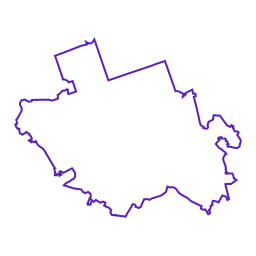 Īles pag., Auces, Latvia (Albers equal-area conic projection)
{"feature_id": "27541924B56863869221603", "entity_name": "Īles pag.", "entity_type": "district", "adm_level": 2, "iso_a3": "LVA", "parent_name": "Latvia", "parent_adm1": "Auces", "projection": "albers", "projection_center": [23.001, 56.556], "detail": "fine", "context": "isolated", "style": "outline", "palette": "violet", "viewbox_px": 256, "rotation_deg": 0, "n_neighbors": 0, "source": "geoboundaries", "source_scale": "gbopen_adm2", "svg_char_len": 5650}
<svg xmlns="http://www.w3.org/2000/svg" viewBox="0 0 256 256"><path d="M164.9,61.0L163.2,61.6L156.8,63.7L151.6,65.7L128.4,73.5L126.1,74.3L119.7,76.5L115.6,77.9L108.4,80.4L101.5,60.4L98.5,51.6L97.8,49.3L97.2,47.9L97.0,47.3L96.2,45.0L96.1,44.6L96.0,44.1L94.3,39.4L92.5,42.4L89.9,43.7L90.0,43.7L86.7,42.4L86.2,42.1L87.1,44.4L82.5,45.5L81.9,45.5L78.5,46.8L77.7,47.2L71.2,49.7L69.5,50.4L67.3,51.2L66.1,51.7L65.8,51.8L65.5,51.9L63.3,52.8L62.9,52.9L55.0,55.8L56.8,60.9L59.7,69.4L62.9,78.6L62.7,79.3L64.9,79.6L66.4,80.3L67.6,80.9L68.8,82.4L72.6,81.1L76.1,91.5L68.5,94.1L67.6,94.4L68.1,93.9L68.0,92.3L67.8,91.4L67.8,90.7L67.9,90.1L67.8,89.7L67.7,89.5L67.5,89.3L67.0,89.4L65.9,89.8L64.8,90.7L62.9,90.6L61.1,92.2L58.3,94.8L57.7,95.0L57.8,96.5L58.0,98.5L57.9,98.7L51.9,100.6L48.3,99.6L47.2,99.7L32.1,99.9L32.2,100.3L31.6,101.2L30.5,101.4L28.8,101.7L24.4,99.4L22.8,100.2L21.4,100.3L20.7,101.7L20.2,102.7L20.1,103.0L20.0,103.4L20.0,104.2L20.2,105.0L20.3,105.4L20.5,105.9L21.1,106.8L21.3,107.4L21.6,108.4L21.7,109.3L21.7,110.0L21.6,110.6L21.5,110.9L21.3,111.5L21.1,111.8L18.8,116.0L18.2,116.9L18.3,117.0L17.9,117.6L17.8,117.9L17.5,118.2L17.1,118.9L16.9,119.1L16.7,119.2L16.3,119.6L17.1,123.7L16.3,123.9L15.4,124.3L15.7,125.3L16.0,126.5L16.1,126.8L17.1,128.2L18.5,129.0L18.7,128.6L19.4,129.1L19.2,130.2L19.9,133.3L22.5,134.7L26.5,131.9L27.1,132.8L29.5,134.1L29.3,134.7L29.9,135.4L31.0,136.4L31.8,138.3L31.5,139.1L29.8,140.0L28.9,140.5L30.6,141.7L31.3,142.2L32.1,141.1L32.8,141.7L33.7,142.0L34.1,142.3L35.5,141.4L35.7,141.2L35.8,141.5L36.1,141.9L37.0,143.5L37.3,144.1L37.6,144.5L38.2,145.1L38.7,145.7L39.3,146.2L42.2,148.1L42.7,148.6L44.0,149.9L44.4,150.5L49.8,159.8L50.1,160.3L51.9,163.3L53.8,166.7L54.7,168.0L55.0,168.2L54.2,168.7L54.3,169.1L55.2,172.5L54.8,175.2L56.8,175.3L56.9,174.2L58.7,174.2L59.4,175.8L61.0,174.9L61.3,174.6L59.7,172.8L59.5,172.4L59.3,172.0L60.4,171.2L61.2,171.7L62.8,172.5L63.2,172.8L64.2,172.4L69.6,169.6L72.1,168.3L74.8,172.4L75.3,174.7L75.2,174.8L75.0,177.0L74.2,177.9L73.7,178.6L73.1,179.4L72.2,179.4L69.6,181.4L68.0,182.1L65.7,183.4L63.9,185.3L73.7,188.4L80.4,189.3L81.4,189.6L81.9,190.2L82.8,191.8L85.0,192.9L85.0,193.0L88.3,192.0L88.5,192.3L90.5,193.7L90.6,196.6L90.6,197.1L90.5,197.6L90.5,198.4L90.4,198.9L89.5,198.5L89.0,200.4L88.6,201.0L87.4,204.0L88.1,204.8L88.3,204.7L88.5,204.5L88.7,204.2L89.8,204.7L90.4,204.6L91.8,200.1L93.9,201.9L95.9,199.9L100.2,202.7L103.0,201.6L103.9,201.8L104.0,202.2L105.4,202.8L105.1,204.3L104.7,205.3L104.1,205.4L104.1,205.5L106.5,206.7L106.4,206.8L106.9,207.1L108.7,207.6L109.0,207.7L109.9,208.8L110.7,209.4L111.1,210.1L110.4,212.2L110.5,213.0L111.1,213.3L111.9,215.1L113.7,215.2L115.1,215.0L116.1,215.0L116.3,215.4L116.3,215.6L117.5,215.6L118.6,215.5L118.9,215.7L120.3,216.0L123.9,216.3L124.3,216.3L124.5,216.3L125.3,216.4L125.4,216.6L125.6,216.4L126.6,214.7L127.0,214.0L127.4,213.1L127.9,212.3L128.3,211.7L130.9,207.5L132.0,205.3L132.6,204.3L134.5,204.4L135.6,205.6L135.8,206.0L135.6,206.8L138.7,208.0L141.2,206.5L141.4,205.5L141.5,204.7L142.9,202.0L143.5,200.7L144.3,199.1L145.3,199.3L147.9,199.1L149.2,199.9L149.8,199.7L152.2,198.3L153.2,198.0L155.1,197.5L155.3,197.4L159.1,196.2L161.8,195.2L166.1,191.8L166.6,189.6L167.6,186.5L169.9,187.5L170.4,187.5L171.3,187.2L171.8,187.1L172.1,187.1L173.6,187.5L174.0,187.6L174.8,188.0L175.4,188.4L175.7,188.6L176.6,189.5L176.8,189.8L177.3,190.8L179.3,193.3L184.1,196.3L185.3,196.8L187.9,198.4L191.1,201.2L201.6,206.2L201.3,207.3L200.8,208.2L200.8,208.4L201.5,209.0L203.3,209.8L205.1,209.3L206.5,211.4L208.2,214.3L210.0,213.2L209.7,211.1L208.7,210.7L209.1,209.8L210.2,208.8L210.5,208.1L210.7,206.4L210.7,205.8L212.2,205.4L212.6,204.7L212.0,203.3L213.0,200.8L216.4,201.4L218.4,202.5L219.2,201.0L220.2,199.5L222.3,195.5L226.0,196.6L226.3,197.3L226.5,198.1L227.5,200.1L229.0,199.2L225.3,184.2L228.0,183.9L229.6,184.0L231.0,184.0L236.5,180.0L234.2,178.6L234.1,178.0L233.7,178.0L233.2,175.1L232.2,173.5L226.3,173.6L225.8,173.6L225.7,173.1L225.5,172.7L227.1,172.3L226.0,170.6L225.7,169.9L225.5,169.6L226.0,168.8L225.6,166.8L224.8,163.9L224.0,162.2L223.2,159.7L223.5,157.0L224.4,156.3L224.8,154.6L226.3,154.1L225.8,153.1L225.0,152.1L224.3,151.7L221.2,149.0L218.9,147.8L216.8,145.1L215.8,144.0L217.4,141.9L219.5,139.8L218.1,138.5L218.7,137.7L221.2,137.1L221.2,137.3L221.2,138.3L222.1,138.5L222.9,138.5L223.8,138.5L225.5,138.7L225.9,141.1L227.5,141.5L227.5,143.2L227.2,144.0L227.7,143.9L228.5,144.0L228.5,144.4L228.2,145.0L227.6,146.6L230.2,146.8L234.1,147.7L237.0,148.1L237.6,148.0L238.6,147.1L239.8,145.8L239.7,144.6L240.6,142.2L240.6,139.9L237.2,134.9L237.9,133.8L238.3,133.1L238.6,132.5L238.4,132.4L238.3,132.0L237.7,131.7L236.6,131.4L236.1,131.4L235.0,131.4L234.7,131.3L234.5,131.1L233.8,129.5L233.5,128.7L233.5,128.4L233.1,128.3L233.1,128.2L233.2,127.9L233.0,127.7L233.0,127.4L233.2,127.2L233.3,127.0L233.3,126.7L233.1,126.7L233.2,126.4L232.8,126.4L232.7,126.0L232.4,125.9L232.3,126.0L232.2,125.9L232.3,125.8L232.1,125.7L231.8,125.6L231.8,125.4L231.3,125.2L231.2,125.5L230.3,127.0L227.1,125.4L224.7,122.2L224.4,121.8L220.1,115.9L220.0,115.7L219.9,115.7L215.7,115.4L213.7,115.2L213.6,115.3L213.4,116.1L213.3,118.0L213.0,119.6L212.8,119.7L208.5,121.9L207.9,124.0L207.5,125.5L208.1,127.4L207.5,128.1L207.4,128.4L206.9,128.6L205.8,128.7L204.6,128.4L203.4,127.9L203.8,127.0L201.8,126.0L201.6,125.8L201.4,125.5L200.6,124.8L199.8,122.3L198.1,114.4L196.4,107.2L195.8,104.6L193.8,96.8L195.7,96.2L195.4,93.7L193.2,93.8L193.0,92.9L192.2,89.7L186.8,92.4L185.2,93.4L185.3,93.8L185.7,94.5L185.2,94.8L182.8,96.8L182.7,96.9L182.7,96.2L183.6,94.7L183.9,94.0L180.9,92.7L180.1,91.9L177.1,91.1L175.5,91.2L167.6,68.6L164.9,61.0Z" fill="none" stroke="#5b21b6" stroke-width="2"/></svg>